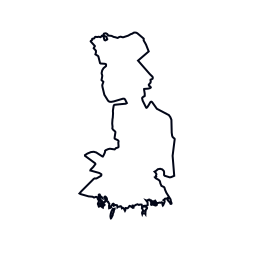 map outline of Astrakhan' (Albers equal-area conic projection), rotated 29°
{"feature_id": "RUS-2388", "entity_name": "Astrakhan'", "entity_type": "Region", "adm_level": 1, "iso_a3": "RUS", "parent_name": "Russia", "parent_adm1": "", "projection": "albers", "projection_center": [47.293, 47.158], "detail": "fine", "context": "isolated", "style": "outline", "palette": "ink", "viewbox_px": 256, "rotation_deg": 29, "n_neighbors": 0, "source": "natural_earth", "source_scale": "10m", "svg_char_len": 5934}
<svg xmlns="http://www.w3.org/2000/svg" viewBox="0 0 256 256"><g transform="rotate(29 128 128)"><path d="M109.0,51.0L104.1,64.2L121.0,70.3L124.4,71.2L125.1,71.7L125.5,72.5L125.6,72.9L125.1,73.9L124.3,74.8L124.5,75.3L125.4,76.4L125.7,77.4L125.3,79.2L125.2,80.1L125.8,80.8L127.6,81.0L128.3,81.6L127.8,82.6L126.4,83.9L123.2,86.0L123.4,86.6L125.8,89.6L127.1,91.8L127.0,92.3L126.4,92.9L125.8,94.5L125.9,95.1L126.5,95.8L127.6,97.0L134.0,101.4L134.5,101.3L134.8,100.3L135.0,97.9L135.0,94.9L135.2,94.1L135.8,93.6L136.6,93.7L143.9,97.2L157.5,96.9L159.8,98.0L162.0,99.8L168.5,110.9L170.3,113.3L171.2,114.1L172.4,114.5L173.7,114.7L174.2,115.0L180.5,130.7L191.6,147.4L189.6,150.0L188.5,150.9L183.2,152.0L182.3,151.6L181.3,149.7L180.8,148.9L180.1,148.2L178.0,147.6L175.9,148.1L174.1,149.6L173.2,152.1L172.4,153.3L173.7,153.7L175.0,154.4L175.4,154.9L175.6,156.4L176.2,156.8L175.4,158.0L176.6,158.5L179.8,158.5L181.2,158.8L182.2,159.6L183.1,160.7L185.3,162.4L188.0,162.2L188.8,162.5L190.3,164.0L192.9,166.0L199.8,169.8L201.2,171.5L202.3,172.4L202.7,173.0L202.4,173.6L201.9,173.7L200.7,172.8L198.9,172.3L197.5,171.7L196.9,170.7L197.8,169.8L197.1,169.4L196.7,169.7L196.1,171.0L195.0,171.6L194.6,172.0L194.7,172.7L194.2,173.2L194.0,173.8L195.0,173.8L195.6,174.3L195.9,175.3L196.2,178.5L196.1,178.9L195.3,178.3L194.4,176.8L194.1,176.6L193.5,176.6L192.7,177.6L191.8,177.9L190.5,179.1L189.7,179.5L189.7,179.8L190.5,181.2L190.0,182.2L189.7,182.4L189.5,182.1L189.4,181.0L189.0,180.0L188.5,179.2L187.8,178.8L188.1,180.5L188.1,181.3L187.6,180.8L186.9,179.6L186.3,179.2L186.1,179.6L186.8,180.4L187.4,181.7L187.7,182.8L187.1,183.0L186.5,182.3L186.1,181.3L185.6,180.4L184.7,180.3L185.7,181.5L186.0,182.3L185.9,183.4L185.7,183.9L185.4,183.9L185.1,183.5L184.9,182.9L184.4,181.9L183.1,180.8L181.9,180.3L181.5,181.0L181.3,181.0L180.9,180.6L180.7,180.8L180.3,181.4L180.2,182.3L178.9,182.5L181.1,183.5L182.6,185.8L181.9,187.0L180.6,187.7L179.7,188.4L180.0,189.1L180.8,188.5L181.6,188.3L183.0,188.4L183.4,188.6L183.6,189.2L183.5,189.8L183.1,190.8L183.2,191.2L183.7,191.8L183.7,192.6L184.6,194.1L185.0,194.9L184.0,194.4L183.3,195.0L182.5,195.1L182.2,195.5L182.3,196.4L181.6,195.7L181.2,194.6L181.4,193.6L182.0,192.9L181.4,193.0L180.9,192.7L179.9,191.8L179.2,191.5L179.0,191.4L178.8,190.5L177.8,189.1L177.1,188.4L176.5,188.6L175.3,189.4L174.9,190.0L173.3,190.1L172.2,191.3L170.8,193.8L170.3,193.4L169.8,193.4L169.5,193.7L169.7,194.3L171.3,194.6L171.5,195.0L171.0,195.5L167.7,195.2L167.1,195.4L167.0,195.9L166.9,197.3L166.7,198.0L166.5,198.4L165.7,198.8L164.8,199.0L164.7,199.1L164.8,199.8L165.5,201.2L165.5,201.9L163.3,200.4L162.1,200.3L161.6,201.2L160.1,200.0L159.7,199.9L159.1,200.2L158.5,201.1L157.6,201.6L157.4,201.9L157.2,202.5L156.3,201.3L155.8,200.9L154.4,201.4L153.2,202.9L153.0,202.7L152.5,201.4L151.9,201.3L151.5,201.7L151.4,202.2L151.4,203.6L151.0,204.6L151.0,205.1L151.7,205.5L151.2,206.5L150.4,207.3L149.0,205.0L148.5,203.5L148.1,203.1L147.0,202.8L146.4,202.1L145.9,202.4L145.0,202.2L144.5,201.6L144.2,200.5L143.3,199.6L141.9,199.0L141.2,199.0L140.9,199.5L141.0,200.4L141.4,200.5L141.9,200.3L142.4,200.3L142.3,200.5L142.8,201.7L143.6,202.2L143.5,203.2L143.6,204.0L142.9,204.3L142.9,204.5L143.1,204.9L143.0,205.7L143.5,206.1L144.8,206.6L144.3,208.1L144.2,208.8L144.6,209.8L143.7,209.8L143.2,209.2L142.6,207.3L142.2,206.4L140.5,204.4L140.1,204.1L138.5,204.2L137.5,203.3L136.7,202.9L136.8,202.5L137.5,201.7L139.2,201.7L138.4,201.1L136.4,200.9L136.0,200.2L135.4,199.9L135.0,200.1L134.8,200.5L134.9,200.9L135.9,201.9L136.0,203.1L136.5,203.8L137.2,203.8L138.0,204.9L139.6,205.2L140.3,205.5L140.9,206.3L140.8,206.7L141.7,209.4L141.7,209.8L141.5,210.1L140.6,210.9L139.9,210.3L139.4,209.2L139.4,208.0L138.9,208.5L138.9,209.2L139.0,209.5L138.6,209.2L138.3,208.7L138.1,206.2L137.9,205.7L136.1,204.8L134.8,203.6L134.3,203.4L133.3,203.8L132.0,205.3L130.3,205.3L126.7,206.9L118.5,208.8L117.3,208.8L117.9,205.8L122.7,189.1L123.3,188.2L124.5,187.7L125.2,186.9L127.5,183.1L127.6,182.5L127.5,182.0L127.1,181.4L126.5,181.3L124.5,181.3L115.7,183.4L115.5,182.5L116.5,179.0L117.0,175.4L116.8,175.1L116.3,174.8L103.9,173.2L103.5,172.6L104.9,170.0L107.3,167.0L109.6,165.4L112.1,164.8L119.3,165.3L119.8,165.2L119.9,164.0L119.7,161.1L119.4,159.7L119.0,159.0L119.3,158.2L120.8,156.2L122.2,154.9L126.7,153.2L127.3,151.3L127.9,150.8L128.9,149.5L128.7,148.7L126.6,145.5L126.4,144.6L125.9,143.9L125.4,143.7L124.7,143.6L122.0,143.8L121.5,143.7L121.1,143.3L119.2,138.2L118.9,137.6L118.4,137.3L115.8,136.7L114.6,136.1L113.8,134.3L112.8,132.9L112.0,131.7L110.2,127.9L109.7,126.4L107.8,122.4L106.7,120.7L106.1,119.4L104.9,116.1L104.7,115.4L104.7,114.8L104.8,114.5L105.3,114.0L114.3,107.8L114.9,106.7L111.8,104.6L110.8,104.2L110.1,104.4L109.3,104.9L102.6,111.7L100.5,113.4L99.0,114.0L98.4,114.0L97.3,113.8L91.2,110.4L85.7,104.4L84.7,103.0L84.1,99.6L83.6,99.4L81.7,99.0L81.5,98.7L81.0,97.0L80.2,94.8L79.4,93.9L78.8,93.4L78.3,92.7L77.6,90.5L77.5,89.4L77.6,87.5L78.7,84.7L78.7,84.4L78.1,83.2L77.7,82.9L76.6,83.1L72.7,84.9L72.1,84.8L67.4,79.8L66.6,79.5L63.8,79.4L63.4,77.7L62.6,76.1L62.1,75.8L59.3,74.9L59.2,74.1L59.4,72.8L59.3,72.4L59.1,72.3L53.4,70.4L53.3,70.2L53.3,69.8L53.7,69.0L53.9,68.3L53.5,67.5L53.6,67.2L54.7,66.3L55.0,65.9L55.0,64.6L55.2,64.3L55.4,64.0L57.1,63.3L58.1,62.4L59.9,61.9L60.2,61.2L60.4,60.0L60.7,59.6L62.5,60.1L64.5,62.3L65.0,62.5L65.8,62.3L66.8,60.8L66.8,60.3L66.1,60.0L65.5,59.2L64.9,58.7L64.3,58.7L62.8,59.0L62.2,58.9L61.3,57.8L61.2,57.3L61.3,57.0L62.4,56.1L62.9,55.9L64.4,55.9L65.9,56.7L69.0,55.4L71.3,55.3L72.8,54.8L75.2,54.3L75.6,53.8L76.2,52.7L77.3,51.7L79.4,51.2L80.0,50.8L83.4,47.1L84.9,44.6L86.1,43.3L86.7,42.0L87.2,41.5L88.8,40.7L90.2,40.6L98.3,42.2L98.6,42.4L99.0,43.5L99.4,43.9L103.3,46.3L109.0,51.0ZM156.9,211.7L157.0,215.2L156.9,215.4L156.7,215.3L155.6,214.0L155.0,212.8L154.4,211.0L154.0,209.2L153.9,206.5L154.0,206.0L154.7,205.8L155.4,205.1L155.6,205.6L155.5,206.4L156.2,208.5L156.3,210.2L156.9,211.7Z" fill="none" stroke="#020617" stroke-width="2"/></g></svg>